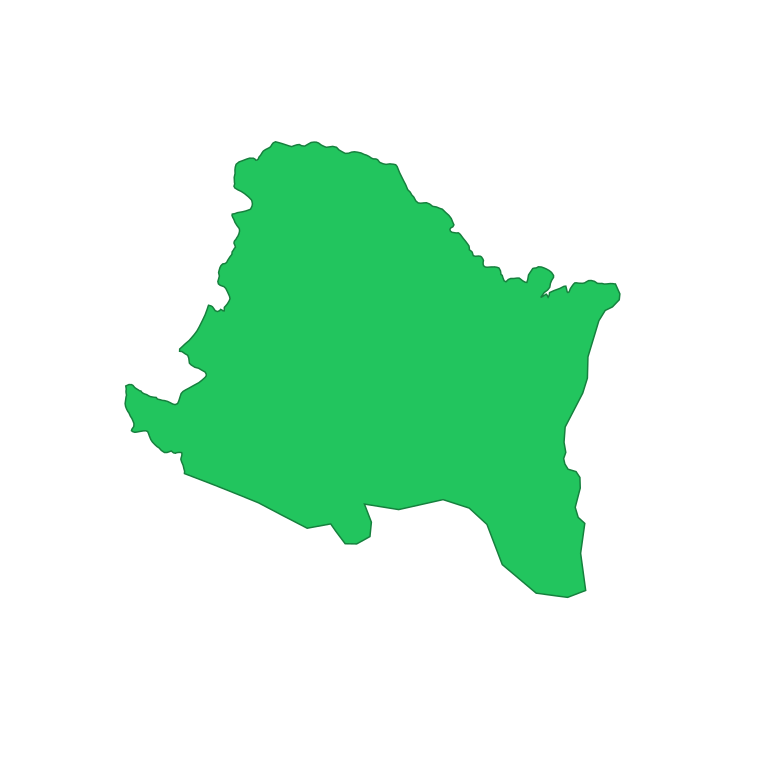 outline of Tavush, Tavush, Armenia, rotated 249°
{"feature_id": "60910142B30577123692851", "entity_name": "Tavush", "entity_type": "district", "adm_level": 2, "iso_a3": "ARM", "parent_name": "Armenia", "parent_adm1": "Tavush", "projection": "equal_earth", "projection_center": [45.447, 40.841], "detail": "fine", "context": "isolated", "style": "filled", "palette": "green", "viewbox_px": 768, "rotation_deg": 249, "n_neighbors": 0, "source": "geoboundaries", "source_scale": "gbopen_adm2", "svg_char_len": 5571}
<svg xmlns="http://www.w3.org/2000/svg" viewBox="0 0 768 768"><g transform="rotate(249 384 384)"><path d="M181.9,521.5L189.9,517.5L200.3,518.3L216.5,529.9L226.5,533.4L233.4,531.9L238.5,525.3L244.6,524.2L250.0,525.0L255.0,529.2L265.1,531.2L278.9,537.7L294.6,555.4L304.3,566.3L316.6,576.0L336.2,584.1L366.1,607.3L373.4,616.9L374.1,624.9L378.3,633.8L383.6,636.5L394.5,635.9L394.8,635.1L395.7,633.6L396.7,631.2L397.6,627.8L398.4,625.4L399.8,623.5L400.2,622.2L401.5,619.3L404.4,617.3L406.4,614.5L407.2,612.0L406.9,609.6L406.5,607.5L406.8,605.6L408.2,602.2L409.6,599.7L410.0,598.3L409.2,596.5L407.9,594.5L406.2,592.1L403.7,589.9L403.5,588.5L404.5,588.0L406.8,588.4L410.2,588.8L410.7,587.0L410.2,582.3L410.3,575.9L410.0,571.3L407.6,570.0L406.2,568.3L408.5,568.1L409.8,567.6L409.0,564.2L408.6,561.3L412.0,566.4L413.1,570.4L414.9,573.4L418.4,575.5L420.7,577.7L422.8,580.5L424.6,581.2L428.1,580.4L430.7,578.9L433.2,576.8L434.9,575.1L436.8,572.9L438.1,570.1L437.8,567.8L438.4,565.6L438.5,564.2L437.4,562.7L435.4,559.9L434.0,558.0L430.1,555.7L427.6,553.7L428.6,552.1L430.6,550.5L433.1,549.0L434.4,548.2L435.2,546.2L436.0,542.9L437.1,540.1L437.0,537.4L435.7,534.5L437.3,533.1L440.7,533.1L443.1,533.3L444.0,532.7L444.3,532.5L447.9,533.3L451.1,532.9L452.5,531.3L453.8,529.0L453.8,528.8L454.9,525.9L456.0,522.2L456.9,520.5L458.6,519.4L460.0,519.4L462.0,520.1L463.6,521.1L465.2,521.1L467.5,520.6L468.6,519.9L469.6,518.1L470.5,515.0L471.8,513.4L473.0,513.4L475.5,513.6L477.4,512.7L478.7,511.8L480.4,512.4L481.5,512.6L482.4,512.8L484.9,512.2L487.0,511.6L487.8,511.4L491.4,510.2L496.4,508.8L498.4,507.7L499.2,505.4L501.3,501.8L502.9,500.8L504.7,500.9L505.8,502.3L506.1,504.6L507.5,506.3L509.9,506.2L514.4,506.1L518.2,505.0L522.1,503.0L526.3,501.1L527.9,499.1L530.4,496.5L532.5,493.0L534.3,492.0L535.7,491.1L538.0,488.6L538.8,486.1L539.6,483.1L540.8,480.8L543.6,479.3L547.9,478.8L550.5,477.7L553.8,477.2L556.9,475.8L560.3,475.7L561.2,475.7L562.9,475.6L566.1,475.2L570.3,474.8L575.6,474.3L582.3,474.2L584.5,473.5L585.3,472.3L585.6,471.9L587.4,468.4L588.3,464.6L589.9,462.1L592.5,459.4L595.7,458.4L597.0,457.1L598.0,454.7L599.3,453.3L601.8,451.6L603.9,449.7L605.3,447.9L607.9,445.4L610.0,442.2L611.4,439.6L612.1,436.8L612.1,433.8L612.7,431.9L613.2,430.4L616.0,428.0L618.6,425.9L622.0,424.5L624.2,421.3L625.0,417.7L625.7,414.9L627.0,413.5L629.4,411.2L632.4,409.3L634.0,407.5L634.9,405.4L635.6,402.5L635.1,398.9L634.5,395.2L636.0,392.4L637.9,390.8L638.5,388.5L638.7,385.6L638.7,382.9L640.3,380.7L642.2,378.4L644.9,375.1L647.1,372.2L649.0,369.5L648.8,367.0L647.8,365.3L646.1,363.1L645.7,361.3L645.3,357.3L644.7,354.8L643.6,353.1L641.8,350.8L640.7,348.7L639.0,347.1L638.6,345.7L638.9,344.5L640.3,344.1L641.7,342.8L642.2,341.4L643.0,339.5L643.2,336.8L643.2,334.4L643.2,331.4L643.3,328.3L642.1,324.7L639.8,322.9L637.1,321.5L633.9,320.4L630.6,318.2L628.4,317.5L627.2,317.1L625.7,316.6L624.4,316.4L622.4,314.8L620.5,315.0L617.7,317.1L615.1,319.6L611.8,322.0L610.9,322.5L607.4,324.5L603.5,326.2L601.8,326.2L599.3,325.7L597.3,324.5L595.0,322.0L595.0,319.5L595.1,316.8L595.5,313.6L596.5,308.5L596.5,306.9L596.5,305.9L597.0,303.2L595.8,302.5L593.8,302.5L591.5,302.8L588.3,302.8L584.7,303.5L580.9,304.6L578.6,304.0L576.5,302.6L574.5,300.7L573.3,299.0L572.3,297.8L572.0,297.4L571.2,295.8L570.4,295.1L570.2,294.9L569.1,294.4L566.7,294.5L564.9,294.3L564.3,293.0L563.0,291.4L561.8,289.6L559.5,288.4L557.9,285.7L555.4,282.3L554.0,280.8L553.4,279.0L553.9,276.4L553.0,274.3L552.5,273.7L551.4,272.5L549.0,270.7L547.3,269.5L543.8,269.0L541.6,267.4L539.2,265.6L536.8,265.3L534.9,266.4L532.2,269.5L530.0,270.5L526.4,270.9L522.9,271.1L521.4,271.2L518.8,270.8L517.0,269.1L514.9,266.4L513.6,264.1L512.8,262.4L509.6,261.1L510.0,259.9L511.2,259.2L512.2,258.2L511.4,256.9L511.3,254.5L512.9,252.7L515.5,252.1L517.6,251.5L519.0,250.4L520.4,248.4L519.4,247.5L517.4,245.9L512.8,241.9L508.4,237.3L503.4,231.8L500.5,228.3L498.0,224.3L494.5,217.8L493.2,214.1L492.7,212.7L489.9,205.8L487.8,204.9L486.7,207.0L483.7,209.0L481.2,211.0L478.1,211.0L473.2,209.8L470.9,210.8L467.4,213.4L465.2,216.5L462.5,218.6L459.4,221.2L457.0,221.6L455.4,221.0L454.3,219.4L452.9,215.7L451.6,211.6L450.9,206.2L450.0,200.1L449.6,196.7L449.1,193.8L447.8,191.2L445.7,189.5L441.8,186.4L439.7,184.3L439.6,181.6L441.0,179.6L443.2,177.7L445.3,175.7L447.2,173.1L448.2,171.1L449.4,169.6L451.1,167.1L453.1,166.5L454.1,164.4L456.0,161.3L457.5,159.9L459.1,158.7L460.7,156.7L462.1,155.5L463.1,154.9L464.5,154.6L465.4,153.3L466.7,152.4L468.4,151.1L469.7,150.2L471.2,149.6L472.5,149.2L473.9,148.1L474.2,147.3L474.9,145.7L474.7,142.2L473.6,142.0L471.5,141.5L469.9,140.6L468.4,140.1L465.8,139.6L464.3,138.5L461.4,136.9L458.5,135.3L455.7,134.7L452.9,134.7L450.3,135.0L448.3,135.5L444.7,135.7L442.0,136.3L441.5,136.3L439.1,136.4L436.7,136.4L436.0,136.1L434.0,135.2L432.1,132.4L430.9,131.5L429.4,132.5L428.2,134.1L427.7,136.1L427.2,138.9L426.4,142.9L425.6,145.0L424.3,146.3L422.0,146.4L419.2,146.3L415.6,146.4L412.9,147.0L409.7,148.3L406.9,149.7L405.0,151.1L401.8,152.3L398.7,154.5L397.8,156.9L397.7,159.4L397.7,161.4L395.2,162.8L394.1,164.5L394.2,165.8L393.6,168.2L392.5,170.5L391.1,170.3L389.4,169.4L387.3,167.8L386.2,167.3L383.8,167.2L379.9,167.3L376.3,166.8L374.0,166.6L372.6,165.9L371.9,165.6L350.1,189.8L332.9,208.4L321.2,220.9L318.0,224.3L309.9,231.4L298.6,241.3L276.9,260.6L272.5,284.1L263.9,286.2L248.8,290.5L244.5,301.2L246.6,316.2L259.5,322.7L278.9,322.7L261.5,352.7L254.9,397.7L237.6,419.1L216.0,429.8L173.0,429.7L134.2,451.1L124.0,469.7L119.0,479.0L119.0,498.3L127.9,500.4L155.5,506.9L181.9,521.5Z" fill="#22c55e" stroke="#15803d" stroke-width="1.5"/></g></svg>